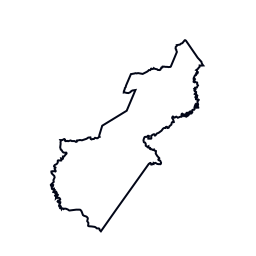 outline of Arizona, Atlántida, Honduras, rotated 36°
{"feature_id": "27666195B1306465468635", "entity_name": "Arizona", "entity_type": "district", "adm_level": 2, "iso_a3": "HND", "parent_name": "Honduras", "parent_adm1": "Atlántida", "projection": "orthographic", "projection_center": [-87.352, 15.642], "detail": "fine", "context": "isolated", "style": "outline", "palette": "ink", "viewbox_px": 256, "rotation_deg": 36, "n_neighbors": 0, "source": "geoboundaries", "source_scale": "gbopen_adm2", "svg_char_len": 5849}
<svg xmlns="http://www.w3.org/2000/svg" viewBox="0 0 256 256"><g transform="rotate(36 128 128)"><path d="M149.1,31.9L148.5,31.3L143.1,30.2L123.6,23.3L122.8,23.3L122.3,23.7L122.1,27.4L121.2,28.8L121.0,30.0L118.7,32.3L119.2,32.8L119.0,34.4L119.9,35.9L120.9,36.2L121.5,36.9L122.6,37.5L122.9,37.9L126.5,53.1L126.4,53.6L125.0,54.9L123.6,55.6L122.4,56.5L120.8,57.3L120.4,57.9L119.8,58.1L119.8,58.4L120.1,58.9L119.5,59.6L119.8,60.1L119.7,61.1L119.9,61.8L119.6,62.5L118.0,63.5L117.1,63.4L114.5,64.5L113.7,64.4L113.7,65.2L112.8,66.2L112.5,66.4L112.1,66.2L111.9,66.3L111.8,66.6L112.0,67.1L111.9,68.2L110.8,69.0L110.7,70.2L110.2,71.5L108.1,75.6L104.0,77.6L102.8,78.8L101.8,79.3L101.2,80.1L98.7,82.7L101.5,95.0L102.1,96.3L102.0,97.6L102.4,98.2L103.1,100.8L103.7,101.8L104.4,101.1L106.1,100.5L107.8,99.5L108.8,97.7L109.0,96.2L109.5,95.1L111.7,92.9L116.8,114.8L105.8,141.3L109.0,150.6L109.5,151.5L110.2,151.8L109.8,152.3L109.4,154.1L108.8,154.6L107.1,155.3L106.8,157.0L105.8,157.8L105.2,158.7L104.4,158.8L103.1,157.7L101.5,159.1L100.8,161.1L98.0,165.0L96.1,166.0L95.5,166.8L94.1,168.1L94.6,169.0L94.3,169.6L93.8,169.9L92.9,169.9L92.4,170.0L90.2,171.6L88.9,171.8L87.3,173.9L86.5,174.1L85.3,175.3L84.5,175.3L83.9,174.4L83.1,174.3L82.7,174.7L82.0,176.3L80.4,177.5L81.3,177.9L81.7,179.1L82.8,180.4L84.5,183.5L86.4,185.0L87.2,184.9L88.9,185.6L89.9,185.8L90.8,185.5L92.6,184.2L92.8,184.3L93.3,184.8L93.0,187.7L93.1,188.5L92.1,189.3L93.3,190.8L93.4,191.3L93.1,191.8L91.9,191.8L91.7,191.9L92.9,193.0L93.1,193.5L92.4,194.1L90.8,195.0L90.4,195.5L90.5,196.0L91.3,196.9L91.5,197.4L91.5,199.0L90.5,201.0L90.5,201.9L90.6,202.4L90.9,202.6L92.6,202.6L92.7,202.8L92.4,203.7L92.5,204.0L93.1,204.5L94.3,204.9L94.9,205.6L94.8,205.9L94.1,206.0L93.3,206.7L92.6,207.0L92.3,207.8L91.6,208.1L91.7,208.5L92.6,209.3L93.7,209.7L96.5,210.1L97.7,211.1L98.3,214.0L99.3,214.9L99.6,215.3L99.3,216.8L99.5,217.5L99.1,218.0L99.0,219.4L99.6,219.9L99.8,219.8L100.1,219.4L100.3,218.4L100.7,218.1L101.0,218.1L101.4,219.1L101.0,220.3L101.2,220.9L101.9,221.6L102.5,222.0L102.9,221.9L103.1,221.0L103.7,220.5L104.3,221.3L105.3,221.2L105.4,221.6L105.0,222.9L105.3,223.7L106.1,223.2L107.1,223.4L106.8,222.6L107.4,221.8L108.4,222.3L108.8,223.0L110.6,223.3L110.7,224.0L109.3,224.3L108.7,225.5L109.0,225.7L109.8,225.8L110.1,225.3L110.9,224.9L111.1,225.5L110.7,225.9L110.6,226.5L111.0,227.2L111.2,226.2L112.1,226.0L113.1,225.1L113.9,225.0L114.9,225.4L115.2,225.7L115.2,226.1L114.9,226.9L114.1,227.8L114.3,228.9L114.6,228.9L114.9,228.4L115.2,228.8L116.5,227.8L116.9,227.8L117.3,228.7L116.6,229.2L117.3,229.6L117.8,230.4L117.7,231.0L118.1,231.2L118.1,231.5L118.3,231.7L119.2,230.8L120.2,231.3L120.3,231.6L119.8,232.2L120.1,232.6L120.7,232.0L121.9,232.7L121.8,232.1L122.2,231.5L122.7,231.3L123.5,231.5L124.0,230.6L125.2,229.8L127.2,229.3L128.7,229.3L129.2,229.1L133.9,224.7L136.4,222.8L137.6,222.2L139.4,222.7L142.7,224.9L143.8,224.9L146.5,224.1L147.4,224.2L148.3,224.5L148.8,225.0L149.7,227.3L151.6,228.0L152.5,229.2L153.0,230.3L153.4,230.6L154.2,230.4L156.5,229.0L159.1,227.6L160.0,227.4L161.9,227.5L163.4,226.4L164.0,226.4L165.2,227.2L166.8,227.5L166.4,200.4L165.9,144.7L166.3,144.3L166.4,143.4L166.7,143.1L167.6,143.3L168.2,143.9L168.6,143.7L169.0,143.2L169.0,142.6L169.8,142.2L169.3,141.2L170.1,141.1L170.5,140.2L171.3,140.0L172.7,139.9L173.6,139.5L175.5,138.2L175.6,137.5L175.1,136.6L173.2,135.5L171.8,136.0L171.3,135.9L171.0,135.5L171.2,134.3L171.0,134.0L168.3,133.5L165.5,132.4L164.2,130.3L163.6,130.6L162.9,130.4L162.0,130.6L161.6,130.2L161.4,130.5L161.0,130.8L161.0,131.1L159.2,131.4L159.1,131.7L158.3,132.0L157.9,131.9L157.8,131.3L157.6,131.1L156.5,131.4L156.1,131.8L155.8,131.9L155.2,130.9L154.7,131.9L152.8,131.9L152.3,131.4L151.9,130.6L151.1,130.1L150.4,129.8L149.7,130.1L149.1,130.1L147.7,128.8L147.0,126.9L146.8,125.6L147.1,125.1L148.1,124.4L148.6,123.5L148.7,122.6L149.3,122.2L149.7,122.2L149.9,122.5L150.4,124.4L150.7,124.7L152.9,123.1L153.0,122.8L152.8,122.4L151.4,120.8L151.9,119.0L152.4,118.1L152.8,117.7L153.4,117.7L154.1,118.3L154.5,118.0L154.6,115.5L155.6,113.9L156.7,110.5L156.7,108.0L157.0,107.2L157.3,106.6L158.3,106.0L158.1,104.9L158.3,104.5L158.9,104.2L160.0,104.7L160.7,104.0L160.5,102.1L161.1,99.8L160.4,98.3L160.3,97.6L160.4,97.1L161.4,96.6L161.6,96.2L159.3,94.5L157.8,93.9L157.5,93.2L157.5,92.4L157.9,92.2L159.5,92.3L159.9,91.7L160.2,90.7L160.5,90.4L162.3,90.4L163.7,88.1L164.7,87.4L164.8,86.6L163.7,86.1L163.3,85.5L163.2,85.0L163.4,84.5L164.2,84.4L165.3,84.9L165.9,85.5L166.4,85.5L166.7,84.8L165.9,83.8L166.3,83.2L166.9,82.9L167.3,83.2L167.6,84.4L168.2,84.7L168.5,84.6L169.4,82.2L169.3,81.2L168.4,81.2L167.1,82.0L166.6,81.8L166.5,81.3L167.7,80.3L168.2,79.5L168.5,78.1L168.8,77.8L169.4,77.7L169.6,77.9L168.9,79.1L169.2,79.8L169.9,79.8L170.8,78.9L170.8,77.5L169.7,76.2L169.5,75.7L169.7,75.2L170.7,74.5L170.8,73.8L170.7,73.5L169.8,72.6L169.7,72.1L170.1,71.5L171.3,71.5L171.7,70.6L172.7,70.5L172.9,70.2L172.6,69.9L171.6,70.1L169.8,71.1L169.2,71.1L168.7,69.1L168.8,68.6L169.5,68.6L170.8,69.4L171.3,69.4L171.5,69.2L170.8,67.6L169.4,66.7L168.7,65.8L168.7,63.7L168.2,63.6L166.9,64.6L166.1,64.8L165.7,64.2L165.9,62.7L165.6,62.2L165.2,62.1L164.9,62.3L164.8,63.5L164.5,63.6L164.3,63.3L164.2,62.1L165.0,61.4L165.0,61.0L164.7,60.9L163.8,61.1L162.0,61.3L162.0,60.8L162.8,60.1L161.9,58.8L160.4,59.0L159.7,58.6L159.8,57.9L158.5,57.4L158.6,57.0L159.5,56.7L158.7,55.9L159.9,54.7L159.6,53.5L159.6,52.4L158.2,51.9L157.5,50.8L157.1,50.6L156.5,51.0L155.8,51.1L154.6,50.9L154.7,52.0L154.0,52.1L153.8,51.9L154.0,51.0L153.0,50.6L152.6,50.1L153.3,49.4L153.4,49.1L153.0,48.9L151.8,48.9L151.3,46.5L151.3,45.9L151.9,45.3L151.8,44.5L151.3,44.3L151.4,43.8L151.0,43.4L151.3,42.8L152.0,42.7L151.9,42.1L151.6,41.7L150.7,41.8L149.9,40.9L149.2,41.0L149.9,38.7L149.7,37.8L150.0,36.6L149.8,36.1L149.2,35.3L150.8,34.3L152.1,33.2L151.0,32.9L149.6,32.2L149.1,31.9Z" fill="none" stroke="#020617" stroke-width="2"/></g></svg>